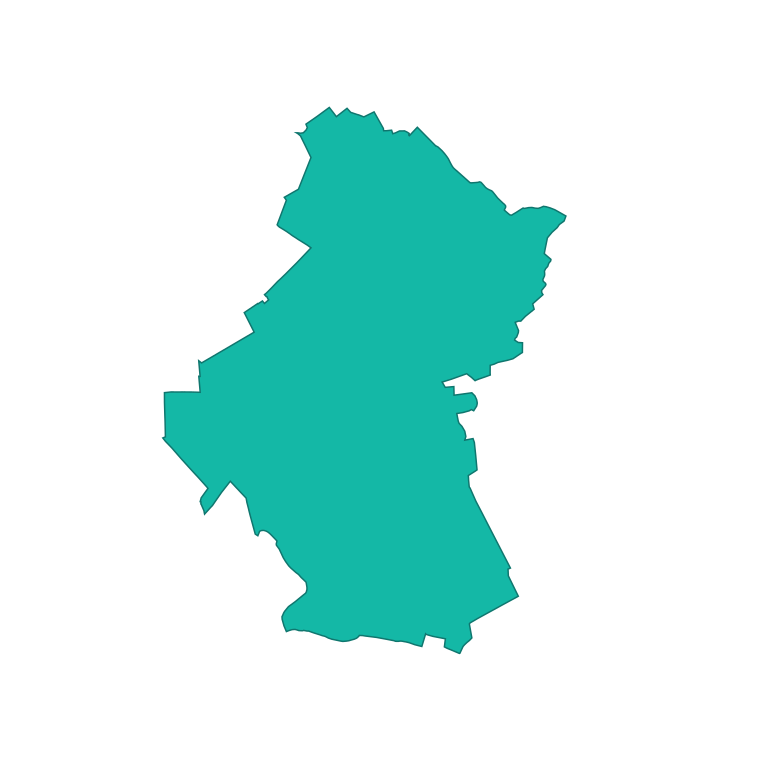 the district of Tarcea, Bihor, Romania, rotated 341°
{"feature_id": "2599482B43018225776190", "entity_name": "Tarcea", "entity_type": "district", "adm_level": 2, "iso_a3": "ROU", "parent_name": "Romania", "parent_adm1": "Bihor", "projection": "orthographic", "projection_center": [22.196, 47.457], "detail": "fine", "context": "isolated", "style": "filled", "palette": "teal", "viewbox_px": 768, "rotation_deg": 341, "n_neighbors": 0, "source": "geoboundaries", "source_scale": "gbopen_adm2", "svg_char_len": 5067}
<svg xmlns="http://www.w3.org/2000/svg" viewBox="0 0 768 768"><g transform="rotate(341 384 384)"><path d="M441.9,628.4L441.3,623.7L440.5,617.2L439.1,605.9L441.0,599.4L443.6,599.2L436.6,551.3L434.7,537.9L432.7,524.6L431.5,510.3L431.1,509.5L431.2,508.5L432.6,502.7L433.4,500.0L433.5,499.4L433.9,498.0L441.5,496.2L444.0,495.5L447.5,481.2L450.4,468.7L450.4,464.6L442.1,463.4L444.3,460.3L445.0,454.9L443.9,449.4L442.2,445.7L442.1,443.3L443.2,435.6L449.4,436.7L455.9,437.1L458.2,436.6L460.1,438.5L464.4,435.1L465.7,433.0L466.1,431.8L466.5,429.1L466.1,424.8L464.2,420.9L452.1,418.5L446.6,417.4L449.2,409.2L440.8,407.1L439.6,401.1L449.2,401.4L465.5,401.2L468.8,406.1L471.2,410.5L472.5,410.3L475.7,410.2L482.5,410.2L487.4,410.1L487.9,408.2L490.5,400.9L494.5,401.1L498.7,400.7L500.7,400.9L505.1,401.4L508.5,401.8L514.2,402.1L523.5,399.6L525.1,399.3L528.4,390.1L524.4,388.4L521.8,385.0L522.9,383.5L524.7,382.8L527.7,379.2L528.6,377.3L528.1,368.4L531.7,368.3L533.8,369.1L539.6,366.1L550.3,362.2L550.5,359.4L550.7,356.6L563.4,351.3L562.9,349.0L563.5,346.8L568.7,343.6L569.5,342.6L569.5,341.4L568.0,338.7L568.2,337.0L571.0,334.0L571.7,332.5L572.5,329.4L574.5,327.5L577.0,326.2L579.1,323.5L581.7,321.9L582.4,320.5L578.0,312.9L580.1,309.2L583.1,304.1L586.1,299.0L592.2,295.3L598.7,292.5L601.7,290.3L607.4,288.5L610.7,284.4L604.0,276.8L602.2,274.8L598.3,271.5L596.6,270.3L594.9,269.1L594.3,268.8L593.3,268.3L592.6,267.9L590.5,268.1L589.1,268.2L586.9,268.1L584.1,266.9L581.8,265.5L581.4,265.3L580.2,264.9L578.1,264.3L576.5,264.1L574.5,263.8L573.7,263.6L573.3,263.3L572.8,262.9L569.3,263.7L564.4,264.9L561.9,265.4L559.5,265.9L558.0,265.0L556.5,262.5L554.4,258.8L555.0,258.0L556.4,256.7L557.0,255.4L556.6,253.9L556.0,252.7L555.3,251.6L553.4,247.9L552.0,245.1L550.0,239.4L549.3,237.5L548.7,236.4L546.7,234.6L545.2,233.0L544.0,231.2L542.9,228.4L541.8,225.8L541.3,224.8L540.2,224.0L538.4,223.9L535.6,223.2L532.2,222.3L530.9,221.7L529.7,219.6L525.4,211.9L523.1,207.8L520.8,203.8L519.9,202.0L519.3,199.8L518.8,196.8L518.2,192.2L517.6,189.9L516.4,186.2L514.9,182.5L513.7,180.2L512.3,177.6L510.8,175.9L510.5,175.9L499.1,152.1L488.8,157.5L488.5,157.1L488.7,156.1L489.4,155.3L488.0,153.5L485.9,151.4L481.0,149.8L476.5,150.3L473.8,150.2L473.8,146.5L468.7,145.3L466.1,144.4L466.6,142.1L464.9,132.8L463.2,123.5L451.9,124.9L447.8,121.4L446.3,120.4L442.0,117.1L441.0,116.4L438.8,111.3L426.0,115.7L424.8,112.0L422.3,104.7L407.9,109.2L398.0,112.0L394.8,112.9L394.8,113.0L395.0,116.6L393.0,118.5L389.5,120.2L386.7,119.7L385.4,119.0L384.1,118.4L383.0,118.0L384.0,119.2L384.4,119.8L385.8,122.2L387.3,134.1L388.7,146.1L376.6,160.2L366.5,172.0L350.5,175.0L351.5,178.4L351.4,178.6L334.8,198.7L335.4,200.2L336.2,201.6L339.3,205.3L341.7,208.3L343.0,210.1L345.8,214.1L347.9,216.7L350.1,219.6L356.6,227.6L359.3,231.5L350.3,236.2L341.0,241.0L326.0,248.3L324.7,248.9L320.4,250.9L316.7,252.5L309.2,256.4L303.7,259.1L301.8,260.0L301.2,260.2L300.8,260.3L300.1,260.6L301.1,263.0L301.7,263.3L301.9,265.5L302.3,266.9L297.2,268.9L296.1,265.9L291.0,267.2L290.8,266.8L275.1,271.0L275.2,271.6L278.1,292.7L218.4,304.7L216.4,301.7L212.6,316.9L211.4,316.4L207.5,332.0L199.3,328.9L192.8,326.6L191.9,326.3L189.9,325.6L185.7,324.2L180.1,322.2L178.3,321.8L173.6,320.7L170.4,330.1L167.5,339.4L164.6,348.8L160.1,362.8L157.3,363.0L158.7,367.1L162.7,375.7L164.2,379.5L168.1,389.1L172.2,398.7L175.4,406.1L176.5,408.6L177.0,409.7L177.2,410.1L179.0,414.3L183.2,424.3L183.6,425.4L174.1,432.1L171.9,435.4L172.5,435.8L172.2,436.8L171.8,437.8L172.0,438.6L172.3,442.6L172.5,445.2L172.2,446.9L172.0,448.6L180.0,444.2L182.2,443.1L186.2,440.1L195.1,433.6L207.0,425.9L213.8,441.1L216.5,447.0L215.8,451.4L215.7,452.9L215.3,457.8L215.2,458.8L215.1,459.6L214.7,464.2L213.4,484.0L215.3,486.4L217.1,484.4L218.1,483.1L219.1,482.6L220.8,482.7L222.7,483.3L224.4,484.5L225.8,485.9L227.2,488.0L228.5,490.6L230.4,494.7L231.7,497.6L230.0,500.2L229.8,501.5L231.2,506.0L232.0,513.7L232.2,515.5L233.2,520.0L234.7,524.9L236.0,527.7L239.3,533.5L241.2,536.3L242.7,540.0L245.4,545.2L245.8,546.1L245.0,551.0L244.3,553.1L242.7,555.5L241.7,556.3L238.6,557.4L228.6,561.1L221.2,563.4L216.0,566.6L214.5,567.9L213.0,569.6L211.8,570.8L211.1,573.3L210.7,580.1L210.9,583.1L211.1,586.3L213.9,586.2L216.7,586.3L217.9,586.5L220.0,587.1L221.8,588.3L223.2,589.4L224.6,590.0L226.7,590.8L227.8,590.8L230.9,592.6L232.2,593.0L236.2,596.2L239.3,598.5L241.9,600.4L243.5,601.7L245.8,603.2L246.9,604.2L248.6,606.0L251.4,608.2L259.4,613.0L261.3,614.0L264.9,614.9L267.2,615.3L269.4,615.4L272.9,615.6L275.4,615.4L277.2,614.7L278.4,614.1L278.8,613.7L281.9,614.9L284.1,616.1L294.5,621.2L304.4,626.8L310.1,630.1L310.9,630.9L311.9,631.3L313.0,631.7L313.8,632.0L315.5,632.3L316.8,632.8L318.1,633.5L319.1,634.1L320.8,635.0L323.6,636.8L328.2,640.5L334.3,644.5L342.0,633.8L342.2,634.3L343.3,635.2L348.0,638.5L359.1,644.9L355.5,652.2L357.6,654.4L359.4,656.0L367.6,663.3L368.1,663.3L372.6,658.6L373.3,657.9L375.2,656.8L378.5,655.3L379.1,655.1L381.3,654.3L384.4,652.7L385.5,645.5L386.6,638.6L387.7,637.9L396.2,636.2L424.1,631.4L441.9,628.4Z" fill="#14b8a6" stroke="#0f766e" stroke-width="1.5"/></g></svg>